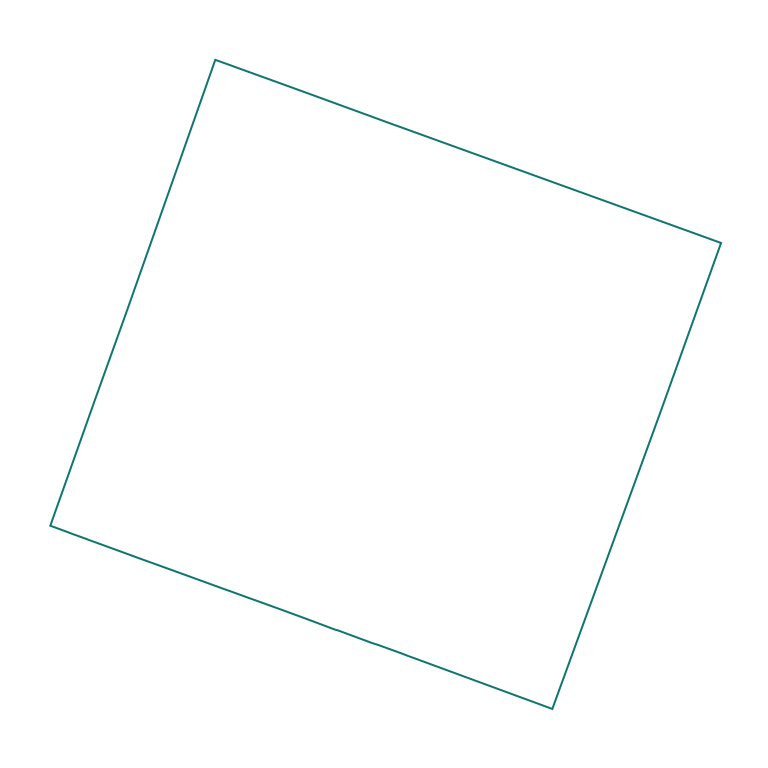 outline of Cowley, Kansas, United States of America, rotated 20°
{"feature_id": "52423323B98779997408159", "entity_name": "Cowley", "entity_type": "district", "adm_level": 2, "iso_a3": "USA", "parent_name": "United States of America", "parent_adm1": "Kansas", "projection": "robinson", "projection_center": [-96.904, 37.238], "detail": "fine", "context": "isolated", "style": "outline", "palette": "teal", "viewbox_px": 768, "rotation_deg": 20, "n_neighbors": 0, "source": "geoboundaries", "source_scale": "gbopen_adm2", "svg_char_len": 597}
<svg xmlns="http://www.w3.org/2000/svg" viewBox="0 0 768 768"><g transform="rotate(20 384 384)"><path d="M653.4,316.4L652.5,136.2L301.6,137.0L300.3,137.0L208.4,136.9L114.6,137.1L116.5,315.4L117.4,405.8L117.8,497.0L118.9,631.3L140.5,631.4L142.5,631.5L156.2,631.4L159.4,631.5L211.6,631.5L220.0,631.5L266.8,631.4L273.8,631.4L301.9,631.4L310.0,631.3L312.9,631.3L317.0,631.3L328.7,631.3L329.9,631.3L352.1,631.2L359.6,631.2L398.0,631.3L421.7,631.6L424.4,631.3L460.7,631.5L468.0,631.2L472.0,631.2L494.5,631.2L498.8,631.3L653.3,631.8L653.4,316.4Z" fill="none" stroke="#0f766e" stroke-width="2"/></g></svg>